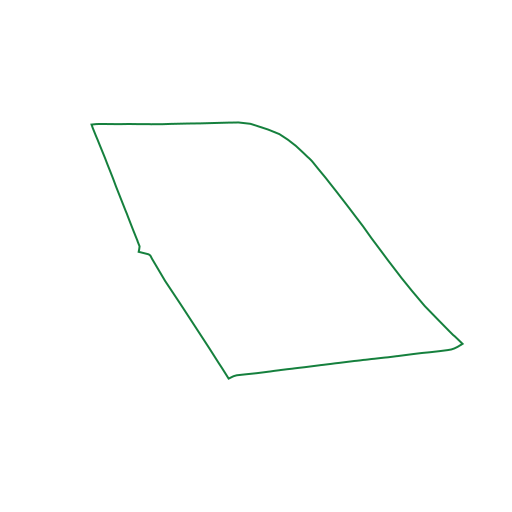 Pom Prap Sattru Phai, Bangkok Metropolis, Thailand, rotated 314°
{"feature_id": "78962969B85320273123577", "entity_name": "Pom Prap Sattru Phai", "entity_type": "district", "adm_level": 2, "iso_a3": "THA", "parent_name": "Thailand", "parent_adm1": "Bangkok Metropolis", "projection": "mercator", "projection_center": [100.511, 13.751], "detail": "fine", "context": "isolated", "style": "outline", "palette": "green", "viewbox_px": 512, "rotation_deg": 314, "n_neighbors": 0, "source": "geoboundaries", "source_scale": "gbopen_adm2", "svg_char_len": 1980}
<svg xmlns="http://www.w3.org/2000/svg" viewBox="0 0 512 512"><g transform="rotate(314 256 256)"><path d="M236.3,46.4L234.6,49.8L231.0,57.9L229.4,61.7L228.0,64.8L222.4,77.5L221.6,79.3L218.7,85.5L215.6,92.4L212.4,99.4L208.8,106.9L197.9,130.9L196.7,133.7L195.5,136.2L191.2,145.5L188.6,151.2L187.5,153.7L186.9,155.0L185.7,157.7L184.5,160.4L184.3,160.6L182.1,165.5L181.2,166.2L179.7,167.3L177.5,168.7L182.0,176.5L182.6,177.6L182.8,178.7L182.9,179.7L182.4,181.3L181.8,183.0L174.9,208.0L168.9,235.3L157.1,286.9L153.1,303.5L152.2,307.5L151.7,309.7L148.8,321.5L150.2,322.0L153.0,323.0L154.2,323.5L156.8,325.0L164.6,331.5L167.9,334.3L172.3,338.0L176.9,341.7L181.9,345.7L182.6,346.3L185.9,348.8L190.1,352.2L190.8,352.7L194.5,355.7L196.0,356.9L200.3,360.5L201.6,361.5L205.3,364.5L206.5,365.5L209.5,368.0L214.5,372.0L219.5,376.0L221.5,377.6L222.3,378.2L224.2,379.8L227.9,382.8L230.6,385.0L233.8,387.5L236.9,390.1L244.0,395.8L245.1,396.7L248.1,399.1L249.1,399.9L250.2,400.9L253.2,403.4L255.8,405.4L257.7,407.1L258.1,407.4L258.8,408.0L262.2,410.7L264.5,412.7L267.2,414.9L269.4,416.7L272.4,419.2L274.8,421.3L279.3,424.9L281.7,426.8L282.0,427.1L294.8,437.3L298.5,440.3L300.6,442.0L302.4,443.5L306.9,447.4L314.9,454.0L319.4,457.6L321.4,459.2L324.4,461.4L327.3,462.9L330.6,464.1L336.3,465.6L336.3,454.9L336.1,452.6L336.2,446.8L336.6,432.1L337.2,412.4L337.6,408.3L339.3,391.9L341.3,375.7L341.6,373.8L344.5,354.4L346.5,342.3L349.0,326.8L351.7,312.4L353.7,299.3L354.8,292.3L355.9,285.0L357.7,272.6L358.0,270.7L359.9,256.7L360.5,252.6L361.9,240.2L363.1,230.6L363.2,228.5L363.2,225.9L363.1,224.4L363.1,219.1L362.9,208.2L361.8,198.1L361.2,194.9L359.9,188.1L359.7,187.6L355.3,176.7L347.8,161.3L347.1,160.0L340.7,151.7L339.8,150.5L337.6,148.4L333.8,144.5L323.4,134.3L313.1,124.2L304.1,115.1L293.3,104.4L292.0,103.1L286.3,97.6L277.9,89.0L276.5,87.4L270.2,80.9L262.6,72.8L257.6,67.8L255.7,65.9L252.4,62.4L243.5,53.0L240.3,49.8L239.5,49.1L236.3,46.4Z" fill="none" stroke="#15803d" stroke-width="2"/></g></svg>